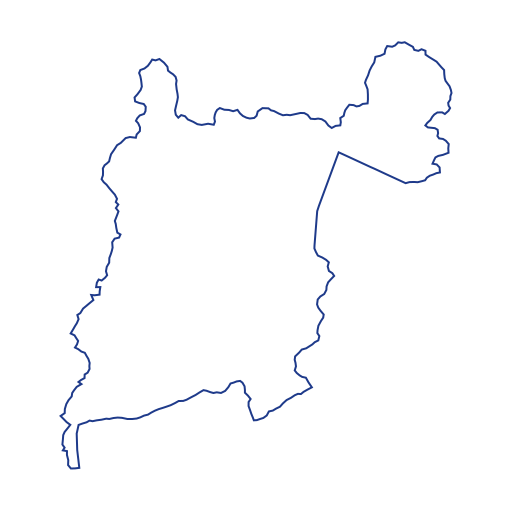 outline of Mimoso do Sul, Espírito Santo, Brazil, rotated 92°
{"feature_id": "56859067B70234229782601", "entity_name": "Mimoso do Sul", "entity_type": "district", "adm_level": 2, "iso_a3": "BRA", "parent_name": "Brazil", "parent_adm1": "Espírito Santo", "projection": "mercator", "projection_center": [-41.385, -21.065], "detail": "fine", "context": "isolated", "style": "outline", "palette": "blue", "viewbox_px": 512, "rotation_deg": 92, "n_neighbors": 0, "source": "geoboundaries", "source_scale": "gbopen_adm2", "svg_char_len": 5137}
<svg xmlns="http://www.w3.org/2000/svg" viewBox="0 0 512 512"><g transform="rotate(92 256 256)"><path d="M45.0,93.8L43.6,97.8L45.3,100.9L44.5,105.0L41.5,106.5L39.6,110.3L37.2,114.8L37.9,117.8L37.5,121.3L40.7,124.3L42.1,127.2L41.6,132.2L45.0,133.9L49.4,134.6L51.5,138.7L52.8,143.6L58.4,144.6L62.5,147.0L66.6,148.9L71.5,150.3L76.2,152.3L79.1,153.1L81.7,151.9L85.5,150.3L90.7,149.8L95.8,149.6L99.6,149.8L100.3,154.7L102.4,157.9L103.0,160.8L101.8,163.7L101.6,168.0L104.6,170.2L107.2,171.9L109.9,172.7L112.8,173.2L115.2,176.6L119.3,175.9L122.5,176.3L123.2,181.0L125.4,184.8L123.1,188.2L119.1,191.4L117.0,195.1L116.5,198.7L117.1,201.9L116.9,206.2L113.2,209.3L111.5,212.7L111.5,216.6L112.4,220.0L113.3,223.6L114.1,226.8L113.8,230.2L114.4,234.0L112.9,238.1L110.5,243.1L109.9,246.1L108.0,248.7L108.0,254.7L111.5,259.3L115.8,260.3L118.1,262.6L118.8,267.0L118.1,270.4L116.5,274.0L114.0,277.0L110.6,279.6L112.1,283.9L111.0,288.1L110.9,292.8L109.4,297.3L111.3,299.9L113.8,301.3L116.5,302.1L119.6,302.5L123.1,301.7L126.3,302.8L125.5,308.5L126.9,314.8L126.3,319.2L124.1,323.4L121.9,328.9L118.8,331.8L117.8,335.7L120.5,338.5L117.6,341.1L113.3,342.0L108.6,341.1L103.7,340.1L100.0,339.6L96.7,340.1L92.3,341.1L86.9,341.9L83.4,341.5L79.8,342.6L77.3,345.2L75.6,348.0L73.8,350.4L70.0,351.1L66.0,354.7L62.5,359.4L64.0,363.2L63.3,366.6L66.2,368.3L69.7,370.7L72.5,374.0L74.2,378.1L77.2,379.2L80.3,377.9L83.6,377.1L86.5,376.6L90.7,376.0L94.1,377.1L98.6,380.2L101.8,382.9L105.7,382.2L107.2,377.9L108.0,373.5L110.7,371.4L115.0,371.5L117.9,372.8L119.6,377.1L122.5,379.5L125.1,380.7L127.4,378.4L131.5,376.4L135.2,376.4L138.7,379.5L142.0,380.2L141.5,386.2L142.7,390.4L147.7,395.1L150.1,398.7L154.8,401.5L159.3,404.4L163.1,405.4L166.6,406.1L168.7,408.2L170.6,410.5L173.8,412.1L177.3,411.8L180.8,411.8L184.6,413.0L187.6,410.7L189.9,407.9L193.5,404.9L197.4,401.3L199.6,399.2L203.7,396.9L207.0,398.0L209.4,395.4L213.0,397.7L216.2,395.0L219.6,396.1L225.9,398.3L228.8,397.3L232.8,396.6L237.5,395.4L239.2,392.2L242.4,393.5L243.6,397.9L247.3,400.2L252.6,399.6L256.1,400.3L259.3,401.2L263.1,402.5L267.8,402.5L272.1,404.8L276.5,405.4L280.4,404.1L283.0,406.1L285.9,409.4L285.0,412.4L288.2,414.1L292.7,414.7L292.5,410.5L296.7,411.0L300.1,411.0L300.9,416.1L300.7,419.3L305.7,417.0L308.7,420.4L314.6,427.0L319.2,429.6L321.2,432.5L325.3,431.1L329.4,432.7L332.3,434.4L335.7,436.2L339.9,438.5L341.6,434.6L344.3,432.8L347.1,430.8L350.6,431.8L353.8,433.7L355.3,430.4L357.6,427.2L358.7,423.7L361.9,421.8L364.6,420.0L368.7,418.5L371.8,418.7L374.7,418.4L378.5,420.2L380.4,423.1L384.0,423.1L386.0,426.5L388.1,429.0L390.1,426.0L393.0,430.6L396.6,433.2L399.3,434.9L402.8,435.3L406.6,438.3L410.6,440.4L415.6,441.7L419.7,441.7L422.7,445.7L425.8,442.4L428.6,439.5L431.2,435.7L434.8,438.3L438.5,441.1L441.7,442.4L446.3,442.6L451.2,442.9L454.2,440.6L457.0,442.2L457.6,438.1L461.4,438.0L466.6,436.5L471.5,436.5L474.8,433.6L474.6,429.6L473.9,425.2L456.2,427.9L439.7,429.0L435.9,428.3L431.0,427.4L429.5,423.6L428.1,419.5L426.3,416.6L426.8,413.6L425.8,409.5L425.0,404.7L423.8,400.0L424.0,396.9L422.9,392.8L422.3,388.7L422.4,384.4L423.4,378.8L423.2,373.9L422.6,369.6L421.3,366.0L419.4,362.3L418.3,358.4L416.2,355.3L414.1,351.6L412.4,347.8L411.1,344.0L409.8,340.5L408.1,336.1L405.8,331.8L403.6,328.2L403.4,323.8L402.1,320.4L400.5,317.7L399.0,315.1L397.0,311.5L394.4,307.8L391.9,303.8L392.4,300.7L393.6,297.1L394.4,293.8L393.6,290.5L394.1,286.2L391.9,282.1L388.1,279.1L384.3,277.0L383.3,273.9L382.0,270.9L381.4,267.5L383.1,265.1L386.6,262.9L390.2,262.4L393.0,262.3L395.8,259.2L399.1,256.4L402.2,258.3L406.2,258.2L410.4,256.5L414.1,255.1L417.6,253.5L420.3,252.4L420.0,249.4L418.8,246.4L417.6,243.0L415.0,239.7L410.9,237.7L409.9,233.8L407.8,230.6L405.8,226.8L402.4,224.0L398.9,220.4L396.5,216.1L393.8,212.4L392.3,209.3L392.4,206.3L390.1,203.7L387.8,200.0L385.3,195.6L380.5,199.1L375.9,201.9L375.2,205.7L373.8,208.2L371.5,211.2L369.0,213.3L364.9,212.2L361.4,212.8L358.4,213.7L355.0,213.4L350.9,209.4L347.9,207.0L346.5,202.6L344.1,199.1L342.4,196.6L340.1,194.3L338.2,190.8L333.8,189.9L330.9,192.0L328.0,191.9L323.5,191.2L318.5,188.7L315.3,186.7L312.1,186.3L308.6,189.5L305.4,192.0L302.2,193.3L297.3,192.8L294.2,190.3L291.6,186.5L287.5,184.5L283.9,184.4L279.8,183.0L276.5,180.2L273.2,177.2L270.5,179.1L268.4,182.6L263.9,184.0L259.8,183.0L257.4,185.8L255.2,189.7L253.4,194.2L249.8,196.3L246.4,197.9L243.5,197.9L209.0,196.4L203.5,194.8L149.5,177.0L151.4,172.4L156.1,161.2L163.1,144.6L164.4,141.3L166.2,137.0L169.7,128.8L178.0,109.0L176.8,105.2L176.5,100.8L176.6,97.0L175.4,92.7L174.4,89.6L171.8,88.0L169.7,85.1L168.4,81.7L166.9,78.6L166.1,75.1L161.1,75.6L158.2,78.6L157.6,82.8L153.8,81.3L151.2,80.1L149.6,77.3L148.4,72.7L146.1,67.2L141.7,67.6L137.4,67.3L134.2,70.3L132.5,73.2L132.1,77.1L129.7,78.9L126.9,78.3L123.5,78.9L122.0,81.7L121.7,85.7L121.5,88.7L119.6,91.3L117.0,89.5L114.0,86.4L110.8,84.7L108.4,82.8L106.2,79.7L106.0,74.9L107.5,72.2L104.2,68.7L101.4,67.2L99.0,68.8L96.2,69.3L92.9,67.3L89.4,67.3L86.3,66.3L83.3,67.0L79.6,68.5L76.6,70.9L74.3,72.7L71.6,73.6L67.6,74.2L63.6,74.5L60.8,77.4L58.0,80.0L55.5,82.3L53.7,85.4L51.1,90.0L48.8,93.6L45.0,93.8Z" fill="none" stroke="#1e3a8a" stroke-width="2"/></g></svg>